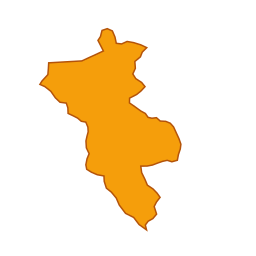 the district of Bom Jesus, Santa Catarina, Brazil, rotated 150°
{"feature_id": "56859067B25903908372019", "entity_name": "Bom Jesus", "entity_type": "district", "adm_level": 2, "iso_a3": "BRA", "parent_name": "Brazil", "parent_adm1": "Santa Catarina", "projection": "robinson", "projection_center": [-52.392, -26.732], "detail": "fine", "context": "isolated", "style": "filled", "palette": "amber", "viewbox_px": 256, "rotation_deg": 150, "n_neighbors": 0, "source": "geoboundaries", "source_scale": "gbopen_adm2", "svg_char_len": 1295}
<svg xmlns="http://www.w3.org/2000/svg" viewBox="0 0 256 256"><g transform="rotate(150 128 128)"><path d="M134.9,51.9L135.4,57.1L136.8,62.7L139.8,68.8L139.0,75.1L138.5,82.5L136.0,88.6L130.5,85.5L125.3,83.7L119.7,82.8L114.6,81.8L110.2,80.4L106.9,76.8L101.4,75.4L97.6,79.8L93.2,83.7L90.3,87.5L89.2,93.3L88.6,99.9L88.0,106.1L89.0,111.0L92.0,114.9L96.6,117.9L98.2,122.7L102.4,124.5L105.3,127.2L105.7,131.9L108.5,136.5L111.2,142.6L114.2,149.0L111.7,153.1L103.7,152.7L98.1,153.6L92.6,155.3L93.4,160.6L96.6,166.9L96.8,172.4L91.8,176.0L88.8,182.2L81.7,183.4L77.7,186.6L71.6,188.2L75.4,193.7L80.4,199.1L85.5,203.4L91.5,204.0L95.8,207.2L93.8,213.3L93.0,219.9L96.3,224.4L101.7,225.5L106.2,220.9L110.2,218.9L110.8,207.0L134.5,209.2L164.1,224.1L167.3,219.2L170.7,214.3L179.0,211.7L182.5,209.8L179.3,205.4L176.5,198.4L175.8,190.4L174.0,184.3L169.0,180.4L170.0,175.5L172.6,170.6L169.4,166.0L166.7,161.8L165.1,157.2L161.6,154.2L162.3,148.8L164.4,144.6L167.8,141.2L170.9,137.8L174.0,131.6L174.5,125.2L178.9,121.8L182.9,117.2L184.4,112.9L181.8,108.0L178.0,102.9L172.8,98.5L175.3,93.6L176.8,86.7L174.5,80.8L173.2,73.2L174.1,65.6L172.8,55.3L167.8,47.7L166.7,38.9L162.9,30.5L161.5,35.3L157.2,37.2L151.8,37.1L146.3,39.1L144.6,46.9L140.3,49.7L134.9,51.9Z" fill="#f59e0b" stroke="#b45309" stroke-width="1.5"/></g></svg>